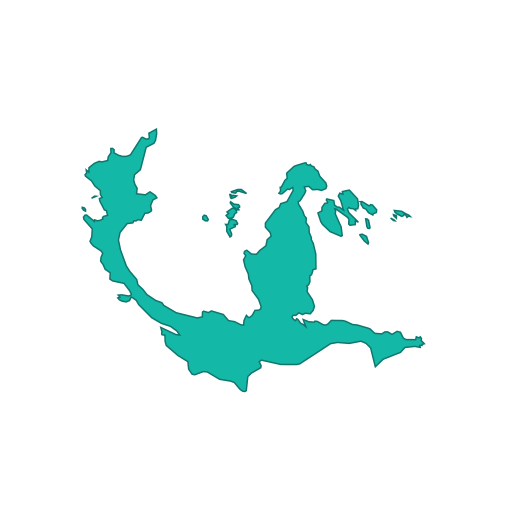 an SVG outline of Sulawesi Tengah, rotated 311°
{"feature_id": "IDN-557", "entity_name": "Sulawesi Tengah", "entity_type": "Province", "adm_level": 1, "iso_a3": "IDN", "parent_name": "Indonesia", "parent_adm1": "", "projection": "equal_earth", "projection_center": [121.786, -0.946], "detail": "fine", "context": "isolated", "style": "filled", "palette": "teal", "viewbox_px": 512, "rotation_deg": 311, "n_neighbors": 0, "source": "natural_earth", "source_scale": "10m", "svg_char_len": 6145}
<svg xmlns="http://www.w3.org/2000/svg" viewBox="0 0 512 512"><g transform="rotate(311 256 256)"><path d="M234.9,143.0L230.6,141.4L224.8,143.4L222.1,147.1L220.9,147.4L217.9,146.5L215.3,144.1L207.7,146.0L205.9,143.0L203.7,142.4L202.5,140.8L200.2,141.3L195.9,137.5L184.4,138.0L177.8,141.7L171.7,149.7L163.4,164.7L161.6,170.7L160.0,181.4L156.8,185.8L156.6,192.3L155.3,198.9L156.6,209.3L159.0,215.6L158.2,218.9L160.8,232.9L170.7,252.3L174.9,255.4L178.6,252.4L180.0,252.7L182.1,257.2L185.3,258.4L190.4,269.7L189.2,277.7L192.4,282.9L194.1,289.6L195.7,292.0L199.4,289.3L204.9,287.7L204.7,290.7L205.8,291.6L208.5,292.1L214.3,290.9L217.0,293.7L219.4,294.2L221.3,292.9L225.0,286.3L227.4,275.7L230.9,272.3L234.0,265.7L237.4,262.0L240.7,255.0L244.9,249.1L249.5,248.1L250.1,245.3L252.0,244.3L254.3,245.3L254.5,251.3L257.6,255.2L262.7,255.2L270.2,256.8L275.7,253.7L280.9,254.4L283.0,251.3L283.9,244.2L287.0,241.5L303.7,240.3L307.8,241.7L311.7,240.3L317.3,243.7L330.0,241.0L331.8,238.7L328.1,237.6L327.2,235.9L320.3,234.9L318.8,233.7L318.4,232.1L321.1,232.0L323.7,229.2L324.6,229.9L332.1,228.2L335.0,228.6L338.7,224.8L348.5,225.9L350.5,226.9L358.2,231.7L359.1,232.7L358.3,234.1L359.2,236.5L360.7,237.0L360.3,238.7L361.3,241.0L360.4,243.7L360.7,247.0L358.0,251.9L357.0,260.7L355.2,263.5L352.7,264.5L348.4,262.4L346.8,259.0L343.1,255.2L343.2,250.2L339.9,247.1L337.8,250.8L334.8,251.8L326.8,253.0L324.6,252.3L323.0,254.3L320.5,261.9L318.1,266.0L317.6,269.1L314.0,271.8L312.7,276.9L308.7,280.7L306.2,285.7L304.6,287.1L303.1,290.9L296.6,299.9L285.6,309.7L283.2,308.0L278.4,310.2L276.2,309.7L271.9,313.6L268.7,314.6L266.4,314.1L266.1,315.6L262.6,318.0L260.0,327.3L256.3,333.2L252.4,334.8L248.0,334.9L245.1,330.7L242.3,329.5L241.3,325.7L237.2,325.0L235.7,322.9L233.6,323.2L232.7,325.9L233.2,328.3L235.3,327.8L235.6,329.0L234.5,334.1L235.3,336.3L235.3,339.9L239.0,333.3L241.0,339.0L244.3,343.4L245.5,343.2L246.9,345.3L248.1,351.4L249.3,353.7L251.8,354.9L256.8,355.1L264.1,363.7L265.5,366.4L267.6,373.8L270.4,377.8L275.2,388.2L275.8,390.0L275.5,396.3L279.6,401.9L283.3,403.1L285.2,405.3L286.1,410.1L291.7,411.9L293.2,415.0L290.7,421.0L291.3,424.0L297.6,431.4L300.2,430.0L301.2,432.8L302.8,433.0L302.3,435.0L300.6,436.1L300.2,440.6L298.2,439.3L297.4,440.0L295.9,438.3L294.8,439.9L292.0,435.2L284.7,428.4L278.1,428.3L261.6,419.7L250.7,418.7L261.8,402.9L262.3,396.4L260.5,391.0L251.3,383.8L244.2,374.2L238.8,369.8L203.4,359.8L201.0,358.1L190.5,346.0L180.9,328.3L178.3,327.8L176.5,331.9L174.8,332.9L164.8,329.4L159.6,328.9L148.0,337.0L146.4,336.5L145.2,334.5L144.9,331.5L146.3,322.6L144.9,318.9L139.1,309.5L136.5,295.2L134.1,292.0L126.2,287.7L124.9,285.3L126.4,279.4L131.6,273.9L129.7,262.5L129.6,247.0L131.8,243.6L136.5,239.2L134.9,236.8L135.2,236.0L137.2,234.6L139.6,231.0L144.1,247.0L146.3,250.3L147.5,245.4L146.8,237.6L143.1,228.8L141.0,217.8L142.4,199.3L144.0,194.8L143.5,190.0L143.1,188.7L139.4,189.8L136.1,188.1L133.9,184.2L133.3,181.6L133.7,179.2L135.7,180.4L136.1,177.7L138.5,180.0L142.3,186.2L144.5,187.3L145.5,186.9L146.9,183.4L148.8,174.4L143.2,164.3L142.7,160.9L147.7,157.0L147.0,150.9L149.2,146.3L150.2,142.1L153.4,139.9L157.4,138.6L158.2,135.9L156.9,126.5L157.5,122.8L158.2,121.1L162.7,119.5L169.0,114.7L170.7,102.3L172.1,100.3L174.5,100.1L175.8,101.2L176.1,111.4L177.4,110.5L178.5,113.2L180.6,114.9L183.4,116.1L184.5,114.9L185.9,115.0L189.3,117.3L192.1,113.3L191.3,111.4L194.9,102.3L196.6,100.1L199.2,101.5L200.4,98.2L203.2,95.6L203.1,88.4L204.8,82.6L204.4,74.9L205.1,73.7L207.6,73.7L209.6,71.4L209.6,74.8L213.1,72.0L219.8,73.2L224.5,75.5L225.9,78.0L230.8,81.4L234.0,79.4L238.8,78.8L241.9,75.9L243.0,77.1L243.1,79.2L240.7,81.1L241.9,86.4L243.7,90.1L246.5,93.1L250.0,94.9L270.2,91.9L271.2,92.5L272.0,96.2L274.0,98.1L275.3,97.9L278.4,94.6L286.4,97.6L283.0,100.9L277.3,104.3L274.2,105.0L266.0,101.8L245.3,112.1L237.6,111.0L233.1,113.8L230.6,117.6L229.1,121.9L224.6,125.0L229.6,132.4L234.9,133.9L235.6,140.2L234.9,143.0ZM361.3,278.9L367.0,283.2L365.7,295.1L361.7,300.0L358.5,301.8L356.9,300.4L355.8,301.4L355.5,298.3L353.7,296.0L353.7,294.2L351.4,294.2L349.6,297.8L348.7,311.1L347.7,308.0L344.8,310.3L340.8,306.7L340.9,305.0L344.8,302.0L345.2,299.3L343.9,285.4L343.3,284.5L342.4,286.4L339.8,288.2L333.8,301.2L328.0,307.7L326.7,307.3L323.0,296.0L323.5,285.5L324.4,282.4L329.1,274.5L333.3,276.1L336.0,273.9L340.9,273.4L342.9,275.1L343.7,274.7L344.4,272.3L345.5,272.0L348.9,278.3L346.0,281.9L346.2,285.0L347.6,287.1L348.0,292.0L353.3,283.8L355.2,278.8L358.4,278.0L359.7,281.0L361.3,278.9ZM370.0,308.8L370.9,310.5L370.0,316.8L367.8,318.3L364.9,316.8L363.6,317.3L362.5,312.5L363.5,308.1L362.6,305.5L364.0,301.2L365.5,300.3L365.4,299.1L366.6,300.2L368.1,308.6L370.0,308.8ZM265.9,212.3L268.4,214.5L269.6,217.8L268.4,220.9L267.4,221.1L264.8,218.4L265.5,220.2L264.5,221.1L258.9,218.6L256.8,223.0L255.1,224.3L253.3,223.9L255.5,217.7L259.2,214.5L259.9,212.3L261.4,214.2L265.9,212.3ZM276.4,206.7L277.8,208.6L277.2,211.7L276.2,212.8L273.7,212.3L270.6,213.4L268.6,212.8L266.3,210.4L267.0,206.8L270.1,207.4L270.2,205.2L276.4,206.7ZM342.1,321.8L343.3,326.5L339.9,332.2L338.5,332.7L338.4,327.8L339.8,321.0L340.3,320.4L342.1,321.8ZM385.3,336.6L386.0,340.5L385.2,340.0L383.7,341.0L381.5,340.0L380.2,334.4L380.2,332.2L381.1,330.5L385.3,336.6ZM282.9,210.9L282.0,211.6L280.3,210.7L279.7,212.8L278.8,212.0L278.2,206.5L279.2,201.7L280.3,201.3L280.7,205.4L283.2,209.0L282.9,210.9ZM356.0,314.4L356.9,315.7L356.7,317.6L352.1,323.6L350.9,323.4L350.3,322.1L350.9,320.4L356.0,314.4ZM296.6,201.3L297.0,207.9L293.8,200.8L292.1,199.1L290.1,199.4L288.1,196.1L288.4,195.2L294.2,198.6L296.6,201.3ZM249.3,194.7L248.9,191.7L250.6,190.1L252.8,190.1L253.7,191.9L252.3,196.0L250.8,196.4L249.3,194.7ZM286.7,198.7L288.7,202.0L286.5,201.6L283.3,199.7L283.2,198.8L285.2,195.9L285.9,196.6L285.2,198.6L286.7,198.7ZM178.0,93.4L178.8,92.9L179.7,94.9L179.3,96.8L178.0,97.9L177.4,95.9L178.0,93.4ZM386.4,342.1L387.1,344.7L387.0,346.5L386.0,344.9L384.2,344.6L385.4,341.5L386.4,342.1ZM377.4,332.6L378.6,335.5L376.6,337.2L376.7,333.5L377.4,332.6ZM191.7,94.0L195.3,94.9L196.2,96.2L191.7,94.0ZM372.9,332.7L373.8,336.5L373.7,337.7L373.0,336.6L372.9,332.7Z" fill="#14b8a6" stroke="#0f766e" stroke-width="1.5"/></g></svg>